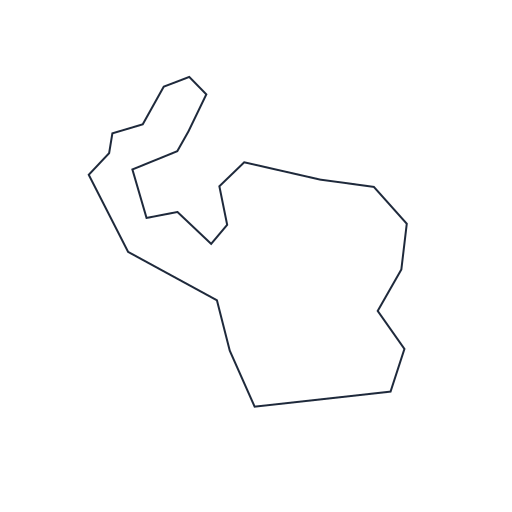 the Highly Urbanized City of Makati, rotated 215°
{"feature_id": "PHL-5553", "entity_name": "Makati", "entity_type": "Highly Urbanized City", "adm_level": 1, "iso_a3": "PHL", "parent_name": "Philippines", "parent_adm1": "", "projection": "orthographic", "projection_center": [121.053, 14.551], "detail": "fine", "context": "isolated", "style": "outline", "palette": "slate", "viewbox_px": 512, "rotation_deg": 215, "n_neighbors": 0, "source": "natural_earth", "source_scale": "10m", "svg_char_len": 500}
<svg xmlns="http://www.w3.org/2000/svg" viewBox="0 0 512 512"><g transform="rotate(215 256 256)"><path d="M413.4,364.4L389.4,359.9L382.8,319.3L380.6,296.7L406.9,256.0L367.5,224.4L345.6,247.0L299.7,240.2L297.5,265.0L326.0,292.1L319.4,326.0L247.2,355.4L199.1,380.2L151.0,368.9L129.2,328.3L124.8,280.8L81.1,265.0L68.0,222.1L170.7,131.8L223.2,163.4L262.6,197.3L363.1,186.0L439.6,226.6L435.3,256.0L444.0,274.1L424.3,298.9L428.7,341.8L413.4,364.4Z" fill="none" stroke="#1e293b" stroke-width="2"/></g></svg>